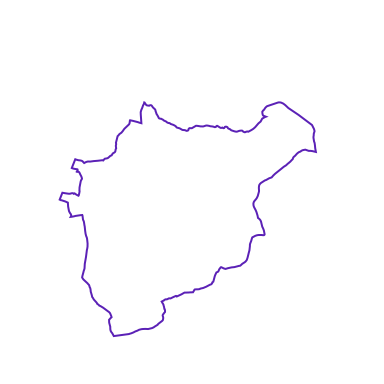 Iza, Boyacá, Colombia (Mercator projection), rotated 332°
{"feature_id": "7082276B4524421647435", "entity_name": "Iza", "entity_type": "district", "adm_level": 2, "iso_a3": "COL", "parent_name": "Colombia", "parent_adm1": "Boyacá", "projection": "mercator", "projection_center": [-72.966, 5.619], "detail": "fine", "context": "isolated", "style": "outline", "palette": "violet", "viewbox_px": 384, "rotation_deg": 332, "n_neighbors": 0, "source": "geoboundaries", "source_scale": "gbopen_adm2", "svg_char_len": 6023}
<svg xmlns="http://www.w3.org/2000/svg" viewBox="0 0 384 384"><g transform="rotate(332 192 192)"><path d="M329.4,189.2L322.3,174.0L316.5,163.1L315.2,159.2L314.1,156.8L312.8,155.1L312.2,154.5L310.7,153.6L309.5,153.3L298.7,151.5L297.8,151.6L296.2,152.1L294.2,153.2L293.2,153.4L291.8,154.1L291.2,155.3L290.7,157.0L290.7,157.7L290.8,158.1L292.6,160.2L291.8,160.1L290.7,160.1L288.4,160.2L285.7,162.0L282.9,162.6L278.3,164.4L275.9,165.0L273.5,165.2L271.2,165.2L270.0,165.2L269.2,164.5L268.0,164.2L267.2,164.2L266.6,164.0L266.1,163.5L265.5,162.6L265.4,162.1L265.1,161.4L264.5,161.0L263.4,160.5L262.4,160.2L259.9,159.8L259.2,159.4L257.9,158.3L255.7,156.0L255.3,155.2L255.2,154.7L253.9,153.0L253.7,152.5L253.7,151.4L253.2,150.7L252.6,150.2L251.9,150.0L251.5,150.0L250.7,150.5L250.4,150.6L249.9,150.5L249.5,150.2L249.1,149.4L248.1,149.2L247.6,149.0L247.1,148.4L245.4,145.5L245.0,145.3L244.5,145.3L243.7,145.7L243.0,145.6L242.5,145.4L241.6,144.4L240.9,143.8L239.0,142.5L238.1,141.6L236.4,140.3L235.5,139.9L233.2,139.5L232.5,139.3L230.4,138.1L228.3,136.5L227.3,135.8L226.5,135.4L221.9,135.6L221.4,135.4L219.9,134.5L219.3,134.5L218.7,134.7L218.0,135.5L217.4,135.8L216.6,135.7L216.0,135.5L215.5,135.0L215.1,134.4L214.4,133.8L213.1,133.0L212.6,132.6L212.3,132.1L211.3,130.5L211.0,130.0L208.9,128.0L208.7,127.6L208.5,126.3L207.7,124.9L206.9,123.8L205.1,121.9L205.0,121.5L204.5,120.6L203.7,120.1L202.8,119.1L202.2,117.6L200.6,115.5L200.4,114.7L199.5,113.4L199.0,112.7L198.5,112.5L197.6,111.6L197.4,111.1L197.5,109.5L197.4,106.8L197.3,106.4L197.7,104.6L197.7,104.0L197.8,103.5L198.0,103.0L198.2,101.9L197.2,98.9L197.0,97.0L196.8,96.4L196.3,96.0L195.8,95.7L194.7,95.7L192.9,94.4L192.4,93.5L192.1,90.7L191.9,90.5L191.5,91.0L190.9,91.6L189.3,92.7L187.6,94.3L185.7,95.8L184.2,97.4L183.2,99.4L179.6,107.5L178.1,106.1L176.9,104.8L173.4,101.6L171.0,99.6L170.6,99.9L169.8,101.1L169.0,102.1L168.2,102.7L162.1,104.4L161.0,104.9L159.5,105.7L157.5,106.5L155.1,106.8L153.8,107.4L152.5,107.8L147.9,112.9L147.7,113.7L147.4,114.3L146.4,115.5L145.5,117.9L144.6,118.5L143.5,120.0L142.8,120.5L141.9,120.7L141.0,120.7L140.1,120.8L138.2,121.9L137.3,121.8L136.5,121.8L136.0,122.0L133.8,122.5L132.8,122.4L130.7,121.7L129.9,121.9L128.4,122.5L128.1,122.2L127.9,121.9L123.5,120.2L119.8,118.6L116.3,117.3L114.4,116.2L112.6,115.8L110.4,115.8L109.7,113.3L109.2,112.6L108.2,111.7L106.6,110.6L105.2,109.3L104.3,108.3L97.1,114.4L97.4,114.8L98.3,115.7L100.0,117.1L101.3,118.0L101.5,118.3L101.3,119.1L99.8,120.0L100.0,120.3L100.7,120.5L101.2,120.9L101.7,121.6L101.7,122.8L101.6,124.0L101.6,126.2L101.4,127.5L101.1,128.6L100.6,129.0L99.4,129.7L98.6,130.5L94.9,135.1L93.2,138.0L93.2,138.4L92.0,140.0L90.3,141.9L90.0,142.0L89.5,141.3L88.7,140.1L87.7,138.1L86.9,138.1L86.9,137.9L86.6,137.5L86.0,137.0L84.8,136.5L83.6,136.3L82.1,135.5L79.5,133.6L77.2,131.8L71.6,136.6L72.4,137.7L72.9,138.0L75.7,140.9L77.4,143.1L75.8,146.7L74.7,150.2L74.4,151.4L74.4,153.2L74.6,154.8L74.4,155.9L73.8,156.6L73.2,157.0L74.2,157.4L76.4,158.1L77.8,158.4L82.9,160.2L84.3,160.8L84.2,161.5L82.8,165.2L82.7,166.9L82.5,167.8L81.4,170.9L81.1,172.0L80.3,174.0L79.4,176.2L78.4,179.0L77.9,181.1L77.7,182.9L77.5,183.7L76.9,185.3L75.6,188.5L75.1,189.4L74.1,191.2L72.9,192.8L72.0,193.8L67.9,199.6L65.4,202.8L63.6,205.1L61.3,208.9L60.7,209.6L59.1,211.1L58.7,211.6L56.0,214.5L54.9,215.8L54.9,217.1L55.1,218.4L56.9,223.6L57.0,224.3L57.4,225.6L57.3,226.7L57.0,227.9L57.0,229.2L56.5,230.8L55.8,232.5L55.1,236.0L54.6,237.8L54.8,239.2L54.8,240.7L55.8,244.7L55.9,245.2L55.8,246.2L56.4,247.3L56.7,248.1L56.8,248.8L57.6,249.7L58.3,250.9L59.2,252.4L61.9,258.1L62.4,259.1L62.7,260.2L62.7,261.1L62.4,264.0L62.2,264.8L61.0,265.1L58.8,265.9L57.7,268.1L57.4,269.0L56.6,272.5L55.5,274.7L55.2,275.6L55.0,276.4L55.0,277.8L55.3,279.3L55.3,282.5L69.6,287.8L70.9,288.0L71.7,288.2L74.3,288.5L76.6,288.5L78.6,288.8L80.6,288.8L83.0,289.4L84.5,290.0L86.6,291.0L88.9,292.4L92.8,293.4L94.5,293.5L96.1,293.3L99.3,293.1L100.3,292.6L105.1,291.8L106.0,291.5L106.3,291.2L107.0,290.4L107.6,289.4L107.9,288.4L108.0,287.5L108.4,286.9L109.1,286.4L109.8,286.2L110.4,285.8L111.8,285.3L112.4,284.3L112.9,282.8L112.9,282.6L112.7,282.3L113.4,280.2L113.6,279.0L113.9,278.0L113.9,277.2L113.8,276.0L113.8,274.5L114.8,274.5L116.1,274.6L117.1,274.3L118.3,274.4L119.4,275.0L121.8,275.1L123.1,275.9L126.3,276.0L129.0,276.2L129.3,276.4L129.5,277.1L134.7,277.4L137.6,277.3L138.1,277.3L141.5,279.0L143.8,280.0L145.8,281.0L147.5,280.0L148.0,279.6L148.6,279.4L148.9,279.4L152.4,281.1L153.6,281.3L153.9,281.2L156.8,282.0L160.1,282.3L164.3,282.3L165.3,282.5L166.1,282.4L166.5,282.2L167.0,282.0L167.3,281.5L167.6,281.3L168.7,281.2L172.6,277.0L173.9,275.9L175.8,274.5L177.3,274.6L177.9,274.5L178.3,274.2L179.8,273.0L182.0,272.0L182.3,272.0L182.6,272.2L184.2,274.4L185.4,275.6L186.2,275.8L187.8,276.1L190.7,276.9L191.7,277.2L194.1,278.2L198.8,279.3L199.6,279.6L200.1,279.7L200.9,279.5L202.7,279.0L205.3,278.8L206.5,278.6L207.9,278.0L208.5,277.7L210.2,276.1L213.7,272.2L215.3,270.5L217.7,267.0L218.4,265.7L219.1,264.9L221.4,262.9L223.0,261.2L223.9,260.4L224.3,260.4L227.3,260.4L229.1,260.7L230.8,261.3L233.2,262.6L234.6,263.6L235.4,263.9L235.8,263.8L236.2,263.5L236.3,263.3L237.4,259.7L237.7,257.4L237.7,256.3L237.8,255.4L239.1,250.3L239.1,248.7L238.7,247.1L238.1,245.9L238.8,243.6L239.5,240.0L239.7,238.0L239.7,234.8L239.8,233.7L240.1,232.5L240.8,231.0L241.7,230.0L242.6,229.4L245.3,228.3L246.3,227.8L248.2,226.4L251.3,223.1L251.7,222.5L253.0,219.7L253.9,218.3L254.7,217.4L256.0,216.7L257.1,216.4L261.7,216.0L263.2,216.2L266.5,216.1L269.2,216.5L271.5,215.6L274.0,214.9L281.9,213.4L284.9,212.8L287.6,212.6L289.8,212.0L291.5,211.7L292.1,211.5L292.9,211.4L294.8,210.7L296.3,210.3L297.2,209.4L298.2,208.8L300.1,208.4L302.5,207.5L303.7,207.2L305.2,207.0L306.7,207.2L307.8,207.0L309.1,207.0L309.9,207.2L311.9,207.8L314.4,210.5L315.1,210.9L316.1,211.4L317.6,212.5L320.2,214.8L321.3,211.3L322.5,208.4L323.3,206.2L323.5,204.7L324.7,201.2L325.1,200.4L326.0,199.2L326.9,197.7L328.7,195.9L329.0,195.0L329.3,193.5L329.4,189.2Z" fill="none" stroke="#5b21b6" stroke-width="2"/></g></svg>